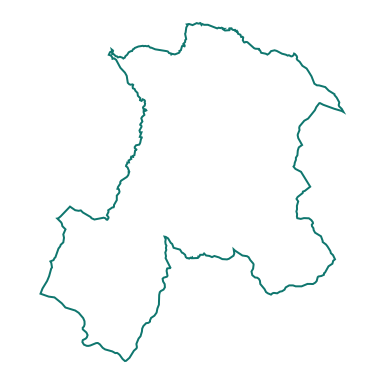 Gámbita, Santander, Colombia
{"feature_id": "7082276B40597769905914", "entity_name": "Gámbita", "entity_type": "district", "adm_level": 2, "iso_a3": "COL", "parent_name": "Colombia", "parent_adm1": "Santander", "projection": "albers", "projection_center": [-73.279, 5.916], "detail": "fine", "context": "isolated", "style": "outline", "palette": "teal", "viewbox_px": 384, "rotation_deg": 0, "n_neighbors": 0, "source": "geoboundaries", "source_scale": "gbopen_adm2", "svg_char_len": 5907}
<svg xmlns="http://www.w3.org/2000/svg" viewBox="0 0 384 384"><path d="M80.8,210.4L78.6,210.8L75.2,210.2L70.0,206.6L60.7,216.3L58.3,218.3L57.3,218.5L61.1,222.3L61.8,223.5L62.4,226.2L65.5,229.3L63.3,234.4L64.0,237.8L63.3,242.4L60.7,244.8L60.1,246.5L58.5,248.5L55.4,257.3L54.5,258.1L53.5,260.1L50.4,261.4L51.3,263.0L52.0,267.5L51.2,268.6L49.1,276.2L47.1,281.0L42.5,288.5L40.5,293.7L48.7,296.6L54.5,297.4L61.9,303.4L65.4,307.5L75.2,310.5L78.7,312.8L83.2,318.1L84.5,321.2L84.6,324.3L84.0,326.4L82.7,327.8L82.8,329.4L86.4,332.5L87.6,335.1L86.8,337.4L85.7,338.6L82.8,340.1L82.6,340.8L82.4,342.1L83.9,344.6L86.6,345.8L88.3,345.9L90.3,345.5L96.1,343.1L97.8,343.0L99.8,344.3L102.7,347.8L105.1,349.4L112.3,351.4L115.3,353.1L117.0,352.9L118.0,353.5L119.6,354.8L122.6,359.0L124.9,361.0L126.1,360.8L129.5,357.8L133.9,350.7L136.5,348.4L136.9,347.1L136.4,344.0L136.8,342.9L138.6,338.5L140.5,336.3L141.9,331.6L142.2,328.6L143.4,326.0L146.1,323.2L148.5,322.8L150.0,321.6L150.0,320.4L151.1,317.9L154.4,315.7L156.6,312.6L157.4,308.5L158.9,304.7L159.2,294.9L159.8,292.2L160.9,291.0L163.5,289.6L164.9,287.3L164.7,284.1L163.1,281.5L162.6,278.8L163.6,277.7L166.9,276.7L167.5,275.8L166.6,270.9L167.0,268.9L167.3,268.4L170.1,268.1L170.4,267.7L165.6,258.1L166.0,256.1L165.3,252.6L166.3,249.9L165.9,248.0L166.4,245.6L165.6,244.1L165.3,241.7L165.7,239.3L164.6,236.7L165.7,236.9L168.1,238.4L170.7,242.8L172.2,244.0L173.6,247.8L180.0,249.6L181.9,252.6L183.1,253.1L185.1,254.8L185.8,257.1L187.2,258.2L188.1,258.1L189.1,258.6L190.4,257.7L191.1,258.1L192.1,257.4L192.3,258.2L192.8,258.2L197.8,258.0L198.3,257.5L198.3,256.5L199.3,256.5L200.2,254.8L203.1,254.8L204.1,253.5L206.1,255.5L209.3,255.9L212.0,257.1L214.4,256.0L219.0,257.4L222.3,259.1L227.0,259.4L228.9,258.8L233.5,255.7L234.3,253.5L233.7,249.4L235.0,250.6L242.4,255.5L247.0,256.2L248.6,257.2L250.3,260.1L253.3,263.6L253.6,264.6L253.1,268.7L251.5,271.5L252.3,275.2L255.1,277.5L257.2,277.7L258.9,278.9L259.9,280.7L260.3,284.0L264.6,289.2L266.0,292.0L267.8,293.3L271.0,294.6L272.5,293.3L273.9,292.9L277.2,293.3L279.8,291.7L282.1,291.2L284.5,289.7L285.7,287.4L289.2,285.4L293.0,285.4L295.6,286.3L301.7,286.3L307.5,283.9L313.0,284.0L315.3,282.6L316.7,281.0L317.7,277.2L318.4,276.5L321.3,276.0L323.9,274.8L324.0,273.3L325.0,272.6L328.5,266.3L332.4,263.7L333.2,260.8L335.0,259.3L333.0,255.1L330.9,253.2L330.3,251.0L327.6,246.6L326.0,244.5L322.7,242.0L322.6,240.7L321.0,236.3L315.1,232.7L313.7,230.2L313.4,228.2L312.0,226.2L311.8,224.7L313.0,223.3L312.8,222.2L311.3,220.1L308.9,218.3L304.0,218.1L300.8,218.9L297.3,218.2L296.9,216.6L297.1,214.0L296.4,211.5L297.0,209.3L296.9,205.9L298.2,201.4L296.5,198.9L297.6,197.0L302.7,193.0L302.9,191.6L304.8,190.9L310.2,186.7L301.0,171.8L295.4,168.9L293.5,166.6L294.4,165.2L294.8,162.6L295.9,159.9L295.9,157.7L297.4,155.3L297.8,150.5L298.6,147.9L299.0,147.2L302.1,145.0L298.3,138.2L297.7,135.5L297.8,134.3L299.5,130.1L299.2,127.9L299.6,126.3L304.3,120.7L308.1,118.6L314.9,110.2L316.3,107.1L319.3,103.2L320.0,103.1L323.3,104.8L334.3,108.8L341.8,111.0L343.5,112.0L341.7,108.8L339.2,106.4L338.7,105.1L339.3,102.4L336.6,97.5L334.6,95.2L334.5,94.2L328.7,90.6L325.3,87.1L319.1,85.4L316.9,85.3L314.4,83.7L311.5,76.3L308.5,71.4L306.6,68.5L302.4,65.8L299.7,61.8L297.3,59.9L296.7,58.8L297.1,57.4L296.8,56.2L295.0,54.1L294.1,53.6L293.5,55.2L292.3,56.2L291.2,56.4L288.9,55.2L287.7,55.6L285.9,54.7L282.0,53.7L276.7,50.9L274.6,50.3L271.1,51.1L269.2,53.4L267.4,54.6L265.7,53.7L261.2,52.8L260.0,50.3L259.2,50.0L259.0,48.9L255.3,48.7L254.0,48.1L247.4,42.2L245.9,41.9L244.7,42.5L244.0,42.3L242.8,40.3L243.2,37.4L242.5,36.8L241.2,37.0L240.4,34.7L238.1,33.8L237.7,32.0L237.0,31.0L236.5,31.6L236.1,30.9L235.3,31.0L235.0,29.9L233.2,30.0L232.0,29.3L231.5,28.3L229.4,28.3L229.2,28.7L229.7,29.6L229.4,30.2L225.0,30.5L223.2,29.4L223.9,28.9L222.8,28.9L222.7,28.1L221.6,27.7L220.4,28.1L218.6,27.7L217.2,28.4L207.9,24.8L204.1,24.8L202.4,24.1L201.5,25.0L200.5,23.1L200.1,23.0L199.7,23.5L198.3,23.6L196.7,23.1L192.6,25.1L189.0,24.0L186.9,24.4L187.6,25.3L186.3,27.4L185.6,32.6L185.1,33.8L186.2,39.1L185.2,40.2L185.1,42.0L183.3,44.0L184.5,45.1L184.7,45.9L184.5,46.3L183.0,45.8L182.0,46.2L180.9,50.2L179.4,51.0L179.7,51.8L179.0,52.8L174.9,54.4L172.4,53.9L171.3,54.5L170.9,53.4L169.1,53.1L168.0,51.6L167.0,51.2L155.2,49.3L151.4,47.7L150.4,47.7L148.3,45.9L147.2,46.3L145.1,45.9L143.7,46.2L142.9,45.8L138.4,46.5L134.7,48.0L134.1,48.8L133.0,49.3L132.1,51.0L130.8,51.2L128.7,52.3L127.2,54.7L125.4,56.2L124.8,57.6L123.3,58.5L122.7,57.8L120.0,56.8L117.9,57.4L117.0,56.4L115.8,56.2L113.2,53.8L112.3,54.1L112.1,53.1L112.9,51.4L112.5,50.7L112.8,50.4L111.7,49.5L112.1,51.2L110.0,52.2L108.8,54.8L110.9,55.5L112.3,57.5L112.5,58.8L114.1,58.4L116.1,59.8L120.4,67.8L124.9,72.6L126.7,75.8L127.8,82.8L129.3,84.3L130.5,84.7L132.6,84.4L133.2,84.9L132.6,86.7L132.9,88.3L134.6,89.0L135.4,90.8L137.5,92.9L137.9,95.8L140.3,98.2L140.0,100.2L141.6,100.9L142.7,99.3L144.4,100.1L145.0,101.1L144.6,102.2L145.1,103.5L144.7,105.6L143.4,106.7L143.0,107.7L143.4,108.7L145.8,109.6L146.3,110.4L145.0,111.0L143.7,110.3L143.6,112.2L144.4,114.9L142.2,116.8L141.3,118.3L142.4,121.5L140.4,124.1L140.2,124.8L141.3,125.6L141.5,126.8L139.5,130.4L140.0,132.3L141.5,132.3L139.8,136.9L141.7,137.3L141.8,137.7L141.0,139.0L140.2,142.8L139.3,144.6L136.0,145.3L134.7,147.1L134.8,148.1L136.4,149.5L136.2,150.0L135.1,150.6L134.4,155.2L132.8,156.0L133.0,156.9L131.2,156.7L130.9,157.7L131.3,158.9L128.6,160.5L129.0,162.4L127.3,162.5L127.3,163.5L126.3,165.0L126.0,166.1L127.6,167.5L128.9,170.7L128.6,171.8L129.2,172.0L128.2,175.2L126.9,176.9L121.1,180.7L120.2,182.2L120.4,183.4L117.8,187.3L118.0,188.1L117.5,188.8L118.8,189.2L119.5,191.5L119.2,192.8L116.8,195.6L116.8,200.1L114.0,205.0L114.0,206.4L113.6,207.3L112.4,207.4L108.2,210.3L108.5,211.9L106.9,215.2L108.5,217.2L108.5,218.0L107.4,219.7L106.5,219.6L105.4,218.3L103.7,217.7L94.4,219.5L91.5,218.2L90.6,217.0L82.9,212.5L80.8,210.4Z" fill="none" stroke="#0f766e" stroke-width="2"/></svg>